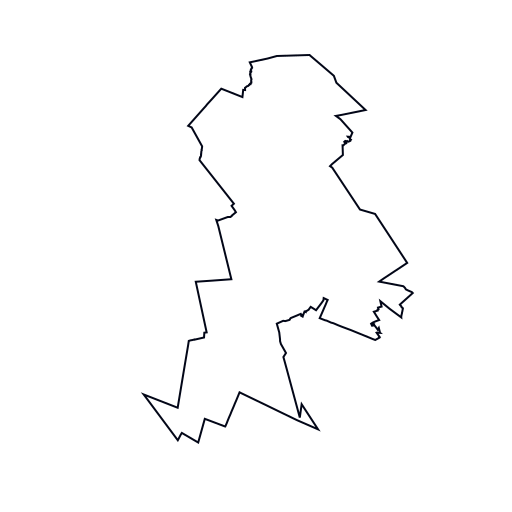 outline of Villa Juárez, San Luis Potosí, Mexico, rotated 160°
{"feature_id": "50627088B60743344831713", "entity_name": "Villa Juárez", "entity_type": "district", "adm_level": 2, "iso_a3": "MEX", "parent_name": "Mexico", "parent_adm1": "San Luis Potosí", "projection": "equal_earth", "projection_center": [-100.218, 22.295], "detail": "fine", "context": "isolated", "style": "outline", "palette": "ink", "viewbox_px": 512, "rotation_deg": 160, "n_neighbors": 0, "source": "geoboundaries", "source_scale": "gbopen_adm2", "svg_char_len": 4687}
<svg xmlns="http://www.w3.org/2000/svg" viewBox="0 0 512 512"><g transform="rotate(160 256 256)"><path d="M392.5,109.6L391.7,110.3L387.9,113.8L386.2,115.1L374.1,100.5L359.8,120.5L343.4,106.4L343.2,106.3L340.7,108.9L338.7,111.2L336.6,113.5L334.1,116.1L332.6,117.8L331.1,119.4L329.5,121.1L328.0,122.7L326.4,124.5L324.3,126.7L320.9,130.4L318.1,133.5L299.3,114.2L298.6,113.5L287.2,101.7L273.5,87.6L257.0,71.9L263.8,101.1L270.1,89.2L265.8,139.2L265.1,147.8L264.8,151.7L261.0,154.6L262.6,164.2L262.7,164.7L262.5,167.8L261.9,169.5L260.3,176.2L259.6,185.3L252.6,185.8L251.5,185.2L250.7,184.8L246.3,184.5L245.7,185.0L245.2,185.5L244.5,185.8L237.6,186.1L236.1,186.2L233.8,186.3L233.8,185.8L233.2,185.3L233.5,185.0L234.0,184.4L232.9,183.1L232.1,184.1L230.2,186.3L229.4,187.2L229.2,187.0L228.4,186.3L228.0,187.1L226.8,187.1L226.0,187.3L224.9,187.5L224.1,188.1L222.0,189.5L219.4,186.2L218.1,184.5L215.5,186.2L213.0,187.8L210.4,189.5L207.8,191.3L206.8,193.3L203.7,190.2L205.2,188.7L207.1,186.6L209.8,183.8L211.1,182.4L213.1,180.3L215.0,178.3L217.4,175.8L213.1,172.0L211.7,171.1L208.1,167.6L207.3,167.1L206.6,166.6L206.1,166.2L204.7,164.9L202.6,162.9L199.2,159.9L193.1,154.7L192.6,154.3L187.2,149.4L176.7,139.9L174.9,138.2L173.0,136.6L172.7,136.3L168.2,137.0L168.2,137.4L167.5,137.5L168.9,142.7L168.7,142.7L167.6,142.2L165.6,141.3L165.7,141.5L165.2,146.4L166.8,145.1L167.3,146.9L168.7,151.2L168.4,151.6L168.9,152.0L169.2,150.5L170.8,150.8L171.0,153.0L168.9,153.5L166.1,153.7L163.7,153.7L162.2,153.7L163.3,158.4L164.3,163.3L160.3,163.1L160.1,164.0L159.1,164.0L159.0,165.8L155.3,165.5L154.6,171.0L148.5,160.7L140.5,148.6L140.4,149.0L140.1,149.6L139.7,150.3L139.4,150.9L138.8,151.7L138.4,152.3L138.2,152.8L137.5,153.8L136.7,155.2L135.9,156.4L135.9,156.6L135.9,156.8L136.0,157.1L136.4,157.5L136.5,157.7L136.7,158.0L136.7,158.4L136.6,158.6L136.7,158.9L136.7,159.1L136.8,159.4L137.0,159.8L137.3,160.4L137.4,160.8L137.5,161.1L121.4,167.6L121.8,168.4L121.9,168.8L124.9,171.6L126.6,173.4L126.9,175.1L127.3,176.0L127.6,176.7L127.9,177.2L129.2,178.0L149.0,189.8L143.3,191.3L118.7,197.2L116.3,197.8L129.7,254.8L142.4,264.1L153.9,311.9L154.1,312.9L155.7,315.1L153.0,316.4L139.8,321.2L136.8,330.4L136.1,330.1L134.5,330.8L134.3,330.9L133.9,331.1L133.1,331.1L134.0,333.1L133.1,333.5L132.8,333.6L132.3,333.4L131.6,332.2L130.9,332.7L130.6,332.3L130.0,331.8L128.4,331.9L128.1,332.5L127.6,332.3L127.4,332.6L127.3,332.8L127.1,332.9L127.7,333.7L127.8,334.2L127.1,334.9L127.1,335.0L127.5,335.7L128.1,335.9L128.8,336.3L128.9,336.7L126.6,335.7L126.6,335.4L123.2,339.0L129.9,355.7L133.0,360.3L129.0,359.6L103.1,355.7L113.3,375.8L119.2,387.4L121.2,391.3L121.2,398.7L129.1,412.7L137.0,426.6L167.9,436.8L177.6,437.6L195.6,440.1L195.3,436.7L195.3,436.4L195.2,436.1L195.2,435.8L195.2,435.7L195.2,435.3L195.2,435.1L195.1,434.9L195.2,434.5L195.2,434.3L195.3,434.1L195.5,434.0L196.0,433.9L196.2,433.7L196.3,433.4L196.6,433.2L196.9,433.0L197.0,433.0L197.1,432.8L197.3,432.6L197.4,432.4L197.5,432.3L197.6,432.2L197.6,431.9L197.4,431.7L197.2,431.4L197.2,431.2L197.4,430.9L197.6,431.0L197.7,430.9L197.9,430.7L198.0,430.6L198.3,430.6L198.5,430.7L198.6,430.3L198.6,430.0L198.6,429.8L198.7,429.7L198.9,429.6L199.0,429.5L199.1,429.4L199.2,429.2L199.3,429.1L199.5,428.9L199.5,428.7L199.3,428.6L199.2,428.5L199.2,428.4L199.3,428.4L199.4,428.1L199.6,427.8L199.7,426.8L199.7,426.2L199.8,425.6L199.7,424.9L199.8,424.7L199.7,424.2L199.8,423.8L199.9,423.4L200.2,423.2L200.4,423.0L200.4,422.7L200.5,422.5L200.6,422.2L200.8,421.9L200.9,421.4L200.8,421.1L201.0,420.9L201.1,420.5L201.4,420.5L201.7,420.3L201.9,419.8L202.2,419.5L202.3,419.6L202.5,419.8L202.8,419.9L203.0,419.7L203.2,419.3L203.5,419.2L203.9,419.3L204.1,419.2L204.2,418.9L204.5,418.8L205.2,418.5L205.4,418.5L206.3,418.6L207.0,418.4L207.7,418.1L208.8,417.8L209.5,415.7L211.2,416.5L213.7,411.4L214.4,410.0L231.4,425.1L243.0,418.9L250.1,415.2L252.0,414.0L254.1,412.9L255.6,412.1L258.0,410.8L275.2,401.5L272.5,398.8L269.3,378.7L269.1,377.5L269.5,376.6L270.0,375.8L270.2,375.2L270.6,374.7L270.8,374.5L270.8,374.0L270.9,373.7L271.3,373.4L271.7,372.8L271.9,372.2L272.1,371.8L272.3,371.6L272.4,371.4L272.4,371.1L272.5,370.9L272.7,370.5L272.9,370.4L273.0,370.1L273.0,369.8L273.4,369.0L273.9,368.3L274.2,368.0L274.7,368.0L274.8,367.9L274.9,367.4L275.0,367.3L275.5,366.9L276.3,365.4L258.9,312.7L261.8,311.5L260.4,306.5L259.9,304.0L265.0,302.2L265.1,301.9L266.7,301.4L269.2,302.3L279.5,302.3L281.0,303.5L281.2,297.0L287.1,242.6L305.8,247.9L321.4,252.4L328.5,201.1L330.8,201.6L332.7,197.2L342.4,198.4L342.4,198.6L344.6,198.8L346.2,199.1L347.7,199.2L348.2,199.2L350.5,195.0L359.7,178.8L371.4,158.1L381.5,140.2L408.9,164.3L407.4,159.4L392.5,109.6Z" fill="none" stroke="#020617" stroke-width="2"/></g></svg>